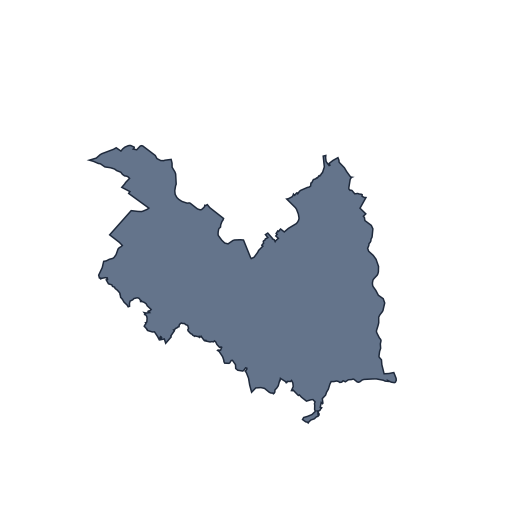 outline of Feleacu, Cluj, Romania, rotated 222°
{"feature_id": "2599482B32360737333989", "entity_name": "Feleacu", "entity_type": "district", "adm_level": 2, "iso_a3": "ROU", "parent_name": "Romania", "parent_adm1": "Cluj", "projection": "albers", "projection_center": [23.663, 46.697], "detail": "fine", "context": "isolated", "style": "filled", "palette": "slate", "viewbox_px": 512, "rotation_deg": 222, "n_neighbors": 0, "source": "geoboundaries", "source_scale": "gbopen_adm2", "svg_char_len": 6147}
<svg xmlns="http://www.w3.org/2000/svg" viewBox="0 0 512 512"><g transform="rotate(222 256 256)"><path d="M347.0,136.6L343.9,138.1L342.3,137.4L340.2,138.2L339.0,137.6L336.1,137.8L332.7,137.4L331.5,136.8L331.2,136.2L330.6,136.1L329.0,134.7L326.2,134.4L323.2,133.4L319.0,133.3L317.0,132.7L316.3,134.0L318.4,136.2L319.4,138.3L318.3,140.9L318.3,142.6L316.6,145.1L316.0,145.7L314.5,146.3L312.5,145.9L311.3,144.9L310.7,145.4L311.1,145.6L311.1,146.0L310.4,145.8L308.2,146.7L305.7,147.0L303.5,146.2L298.1,146.1L298.1,144.4L298.8,143.7L299.2,142.7L297.2,142.7L299.6,140.0L301.2,139.1L299.6,138.8L299.5,138.0L298.2,138.4L296.8,138.0L295.3,136.9L293.0,133.9L293.1,132.9L293.5,132.5L292.5,132.0L292.4,130.2L292.1,129.0L287.8,128.6L287.8,128.3L286.7,128.1L282.2,130.2L280.7,131.7L275.3,130.3L272.3,129.2L273.0,132.3L272.5,132.4L272.3,131.9L271.5,132.1L270.9,129.9L268.6,133.0L264.7,130.7L264.9,139.1L265.8,139.6L266.6,145.8L267.7,146.0L267.2,146.6L267.3,148.4L266.6,149.7L266.6,150.7L265.9,151.9L266.9,153.4L267.0,154.8L266.7,156.2L265.3,156.8L264.0,158.0L262.5,157.9L260.3,158.7L257.8,157.2L257.3,155.5L256.3,154.9L252.7,154.6L251.0,155.1L250.1,154.8L247.8,155.3L247.9,155.8L245.3,157.2L244.3,158.4L244.0,157.6L243.6,157.6L243.7,158.4L242.3,159.2L242.5,159.5L238.4,158.6L237.0,159.5L237.0,158.9L232.6,161.4L231.7,162.7L230.1,163.8L230.1,165.1L228.5,165.2L225.9,164.1L222.0,163.7L221.6,163.9L221.2,165.0L220.4,165.2L219.3,162.3L221.3,160.7L221.4,160.1L219.5,160.4L213.4,158.8L210.2,157.0L209.1,156.0L207.6,155.4L204.3,158.1L204.0,158.9L204.5,161.8L203.7,162.7L198.5,161.5L195.8,158.8L193.1,158.9L188.9,161.6L188.6,162.6L188.9,166.0L187.7,166.5L187.0,165.6L186.9,163.2L185.2,162.9L179.8,160.2L174.4,155.9L168.1,151.8L167.9,157.8L164.3,161.5L161.1,163.3L154.9,163.6L153.1,164.2L151.8,165.4L150.9,165.2L150.7,166.1L151.0,167.6L151.8,168.4L152.3,169.4L152.2,171.7L152.6,174.4L154.8,178.7L155.1,179.5L154.8,179.6L156.0,181.4L150.1,182.4L148.7,182.0L148.4,182.7L148.8,183.3L148.8,183.8L146.4,185.8L146.3,187.3L143.7,186.3L141.0,183.9L139.6,179.7L138.7,180.4L139.0,181.2L131.7,180.7L131.1,180.8L130.8,181.8L127.8,181.5L121.4,181.9L118.9,186.0L117.6,187.4L114.5,187.1L113.7,185.3L112.5,184.4L109.8,181.2L108.2,180.4L108.0,179.9L108.3,175.7L110.4,171.3L112.5,167.9L112.0,165.6L108.1,166.0L106.6,166.9L105.5,166.8L105.7,168.4L105.4,171.0L103.7,174.1L103.5,176.9L102.7,178.2L102.7,179.8L103.4,180.9L104.0,180.9L104.0,179.9L105.0,180.8L105.1,181.6L106.8,181.7L105.5,183.2L105.2,184.1L105.7,185.7L105.5,186.4L105.7,187.2L107.0,186.5L109.5,190.8L107.8,190.7L107.8,191.4L111.3,194.4L111.2,199.2L112.4,201.9L113.1,205.4L115.4,210.3L116.1,213.0L114.1,214.8L112.5,217.0L110.8,217.9L109.1,218.1L107.9,219.6L107.8,221.6L105.4,222.3L104.5,225.9L102.4,228.0L101.5,229.5L100.8,229.9L96.5,230.1L95.2,230.9L94.6,232.2L94.1,235.0L93.1,236.6L86.9,242.8L84.3,245.2L78.2,248.9L76.4,249.4L73.8,251.3L74.7,251.7L71.2,252.7L69.1,254.0L68.2,254.7L68.0,255.6L68.6,257.5L70.1,258.9L75.6,261.6L78.6,257.6L82.0,254.2L89.7,259.4L93.3,262.8L96.6,263.2L97.5,263.7L100.3,267.8L101.6,270.8L104.8,273.9L106.4,276.7L107.5,277.4L109.5,277.7L114.2,279.5L115.7,280.2L116.6,281.3L118.8,286.1L120.1,288.5L123.9,292.7L124.6,295.3L124.8,298.7L125.1,300.3L128.9,307.2L132.9,309.4L138.8,308.7L143.9,310.6L148.8,311.7L149.9,312.4L151.4,313.8L153.0,316.4L153.2,318.1L153.1,322.8L153.5,324.3L154.5,326.2L157.9,330.2L164.6,333.9L169.3,334.9L175.4,334.9L178.2,336.4L179.1,339.1L180.3,340.9L180.3,342.5L180.7,344.0L181.8,345.5L182.4,347.7L187.3,354.4L190.8,355.9L198.8,355.2L201.1,357.1L202.8,357.4L202.6,360.8L210.7,361.1L213.4,373.0L215.0,371.8L217.2,371.4L218.1,372.6L218.8,372.5L221.0,371.0L222.2,370.6L224.2,368.3L228.5,368.9L229.6,368.4L230.0,367.7L231.9,368.0L232.6,368.7L237.3,376.0L237.7,378.3L237.5,378.7L238.6,378.0L245.2,379.4L249.3,380.7L256.2,381.2L257.1,381.4L258.5,382.7L260.9,383.9L262.7,378.7L263.6,373.9L261.8,372.8L262.2,372.1L267.1,373.1L270.0,375.6L271.4,377.4L272.9,375.2L264.8,367.9L262.3,362.3L262.6,361.3L262.1,359.8L262.4,359.1L262.1,358.1L262.9,357.7L262.6,355.1L263.3,354.5L263.2,353.8L263.5,352.9L264.5,351.2L263.6,347.8L264.0,347.0L262.2,344.5L262.6,342.8L263.7,341.3L266.7,334.7L267.0,333.2L266.6,330.2L267.6,330.5L268.0,330.1L267.9,327.0L269.6,327.1L269.0,325.8L268.8,324.2L270.3,320.2L271.3,318.9L259.0,318.3L257.1,317.8L252.6,315.5L249.3,312.9L248.4,311.3L247.8,309.2L247.7,307.1L250.4,298.3L251.1,292.8L255.8,292.5L255.7,289.3L256.6,289.2L256.1,286.2L254.8,286.2L254.7,284.1L251.2,284.1L251.6,280.6L251.4,279.5L253.5,280.3L255.2,279.7L255.6,280.1L262.6,280.9L263.3,278.2L259.5,277.6L260.5,274.9L260.0,273.6L260.5,272.2L260.2,271.5L258.9,270.6L259.0,268.4L258.8,267.8L257.5,267.9L257.8,261.9L257.2,259.9L256.6,253.8L257.8,250.9L259.4,251.4L276.0,259.5L278.4,257.7L282.7,253.5L283.5,252.1L284.9,246.3L287.9,244.7L291.9,244.8L297.7,246.0L298.8,246.8L300.3,248.7L301.6,250.8L301.9,251.8L301.7,253.7L303.1,255.6L304.4,258.9L304.5,260.4L305.2,262.2L322.7,261.0L326.6,261.6L327.1,260.0L328.0,259.4L327.3,258.4L327.2,257.2L327.5,254.1L328.3,253.0L331.0,251.8L340.2,251.2L341.1,250.8L342.5,249.2L347.5,247.0L351.3,246.4L353.9,246.5L357.3,247.7L360.0,250.1L362.7,254.3L363.4,256.0L370.6,263.2L372.5,264.2L377.7,265.8L380.5,268.8L383.7,271.0L387.8,266.2L388.3,265.2L390.6,263.2L394.8,262.1L398.1,263.3L413.8,262.0L415.0,261.3L415.6,260.2L415.7,255.1L418.8,253.3L418.8,254.7L419.3,255.4L423.0,254.3L424.1,253.4L424.9,252.2L426.3,249.1L426.7,246.4L426.6,243.6L432.3,242.9L433.3,239.9L438.9,229.1L439.6,227.1L440.2,221.9L444.0,215.7L440.1,217.6L435.0,219.3L433.4,220.4L427.9,221.1L423.1,224.3L419.3,226.0L416.8,226.2L412.5,227.8L409.9,227.3L407.3,227.6L405.5,228.8L404.1,229.2L401.9,229.1L402.1,223.3L401.8,221.8L401.7,217.2L392.8,219.5L392.5,217.3L367.7,219.9L368.0,218.0L370.0,213.7L370.8,212.4L373.6,210.1L379.1,206.2L378.9,173.8L366.7,174.7L362.4,174.4L362.5,172.7L363.2,170.6L363.2,168.9L360.9,163.4L360.5,159.8L360.9,158.3L362.8,155.4L364.0,152.2L365.6,150.1L362.5,144.5L360.1,136.5L357.7,134.9L356.8,135.5L356.6,135.1L356.1,135.0L355.6,136.3L353.6,139.0L352.1,140.1L351.8,139.7L351.6,140.0L350.6,139.2L351.3,138.0L347.0,136.6Z" fill="#64748b" stroke="#1e293b" stroke-width="1.5"/></g></svg>